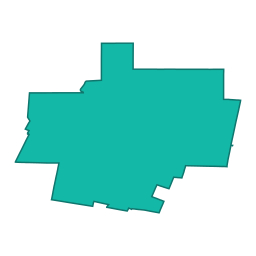 Dor Marunt, Calarasi, Romania (Robinson projection)
{"feature_id": "2599482B33848106941365", "entity_name": "Dor Marunt", "entity_type": "district", "adm_level": 2, "iso_a3": "ROU", "parent_name": "Romania", "parent_adm1": "Calarasi", "projection": "robinson", "projection_center": [27.015, 44.463], "detail": "fine", "context": "isolated", "style": "filled", "palette": "teal", "viewbox_px": 256, "rotation_deg": 0, "n_neighbors": 0, "source": "geoboundaries", "source_scale": "gbopen_adm2", "svg_char_len": 3761}
<svg xmlns="http://www.w3.org/2000/svg" viewBox="0 0 256 256"><path d="M159.1,212.8L160.4,209.5L161.6,206.8L162.4,204.9L162.9,203.8L163.9,201.3L162.8,200.9L161.4,200.3L160.1,199.9L159.2,199.5L157.9,199.0L156.7,198.5L155.6,198.1L153.9,197.5L152.7,197.0L151.8,196.6L152.1,195.9L152.7,194.5L155.6,187.7L157.0,184.8L157.3,184.9L158.2,185.2L160.1,185.9L160.7,186.1L162.4,186.6L164.0,187.2L165.1,187.5L166.3,187.9L167.9,188.4L168.5,188.6L169.0,188.7L169.5,187.5L170.9,184.1L173.0,178.9L173.7,177.2L174.4,177.3L175.0,177.4L176.1,177.4L177.6,177.6L179.5,177.7L181.9,177.9L182.4,176.1L182.6,175.7L183.6,172.7L183.8,172.2L184.5,169.4L184.8,168.6L185.1,167.6L185.6,165.7L194.6,165.9L208.0,166.2L214.8,166.3L222.0,166.5L222.9,166.5L224.4,166.5L225.5,166.6L226.2,166.6L226.4,166.6L226.5,166.6L226.8,166.7L227.0,166.7L227.0,166.1L227.1,165.1L227.3,163.9L227.4,163.1L227.6,162.2L227.9,160.1L229.7,151.5L230.9,145.6L231.0,145.6L231.4,145.5L231.6,145.5L232.2,145.6L232.5,145.7L232.6,145.4L231.1,145.3L231.1,145.2L230.9,145.0L231.3,143.3L233.2,134.6L235.2,125.2L235.4,124.2L235.7,122.8L235.9,121.9L236.2,120.5L236.5,119.2L236.8,118.0L236.9,117.5L237.8,113.5L238.5,110.5L239.3,106.7L240.4,101.6L240.6,100.3L239.4,100.2L238.7,100.1L236.3,100.0L234.9,99.9L233.4,99.8L232.1,99.7L230.1,99.6L228.6,99.4L227.3,99.4L226.4,99.4L224.4,99.4L223.6,99.4L223.6,99.2L223.6,98.9L223.6,98.1L223.6,97.1L223.6,96.4L223.6,95.9L223.6,95.2L223.6,94.0L223.6,93.4L223.6,92.1L223.6,91.5L223.6,90.9L223.6,90.2L223.6,89.6L223.6,88.6L223.6,87.6L223.6,87.1L223.6,86.5L223.6,86.0L223.6,84.2L223.6,82.5L223.6,81.6L223.6,79.7L223.6,77.9L223.6,76.5L223.6,73.9L223.7,71.3L223.7,69.3L220.2,69.3L217.4,69.3L213.3,69.3L209.6,69.4L207.5,69.3L205.4,69.3L201.7,69.3L198.0,69.3L195.0,69.3L192.1,69.3L187.3,69.3L184.7,69.3L183.6,69.3L182.9,69.3L181.3,69.3L180.9,69.3L179.5,69.3L179.1,69.3L176.4,69.3L174.6,69.2L173.6,69.2L173.2,69.2L165.0,69.2L164.4,69.2L163.9,69.3L163.0,69.3L162.6,69.3L159.4,69.3L157.2,69.3L156.9,69.2L153.6,69.2L145.0,69.2L141.0,69.2L137.9,69.2L134.8,69.2L133.1,69.2L133.1,68.9L133.1,65.9L133.1,64.4L133.1,64.2L133.1,60.7L133.1,60.2L133.1,59.3L133.2,43.2L132.0,43.2L131.8,43.2L131.5,43.2L128.7,43.2L126.4,43.2L124.1,43.2L122.2,43.2L120.9,43.2L118.7,43.2L116.8,43.2L114.1,43.3L113.8,43.3L112.4,43.3L111.4,43.3L110.2,43.3L107.8,43.3L105.9,43.3L105.6,43.3L104.4,43.3L103.4,43.3L101.5,43.3L101.5,47.9L101.4,58.5L101.4,67.7L101.4,69.4L101.4,73.6L101.4,77.9L101.4,80.3L94.1,80.7L86.8,81.1L86.1,81.2L85.2,82.1L85.0,82.6L84.8,83.1L84.3,84.3L83.6,85.3L81.8,87.6L80.6,89.1L80.4,89.7L80.6,90.9L81.4,91.4L82.3,91.7L83.1,92.1L83.3,92.4L83.3,92.8L59.7,92.8L44.7,92.9L29.5,92.9L28.8,102.0L27.6,117.2L28.0,117.9L28.9,119.3L29.5,120.2L29.6,120.4L29.8,120.7L29.9,121.0L29.8,121.3L28.6,123.1L26.8,126.4L25.3,129.1L29.0,130.6L28.2,131.9L27.6,133.0L28.2,133.3L27.9,133.8L28.3,133.9L28.1,134.3L29.0,134.6L28.7,135.2L27.8,137.0L25.9,140.7L24.3,144.0L21.0,150.7L20.0,152.6L15.4,161.9L15.4,162.1L17.0,162.2L19.2,162.3L19.9,162.3L20.5,162.3L21.9,162.4L23.3,162.4L24.5,162.4L25.7,162.5L26.3,162.5L27.0,162.5L28.3,162.5L40.7,162.8L47.5,163.0L51.6,163.0L55.2,163.0L58.9,163.0L58.6,164.7L58.4,165.9L58.0,167.6L57.9,168.3L57.8,169.0L56.6,174.7L56.3,175.9L55.8,178.2L55.8,178.4L55.7,178.5L55.7,178.8L55.4,180.3L55.0,182.1L54.5,184.6L54.1,186.1L53.9,187.3L53.6,188.9L53.5,189.4L53.4,190.1L53.1,191.3L52.9,192.7L51.9,197.9L51.8,198.6L51.5,199.7L57.2,200.6L69.3,202.6L92.7,206.3L93.5,202.3L93.9,201.9L94.0,201.4L108.6,204.6L107.1,206.5L106.9,206.8L106.8,207.3L107.0,207.3L116.0,209.0L121.5,210.0L127.2,211.0L128.8,208.1L131.6,209.3L132.0,208.7L133.4,208.9L134.6,209.0L134.9,209.0L135.9,209.2L137.8,209.4L138.7,209.5L140.1,209.6L143.9,210.0L144.7,210.1L151.9,211.5L159.1,212.8Z" fill="#14b8a6" stroke="#0f766e" stroke-width="1.5"/></svg>